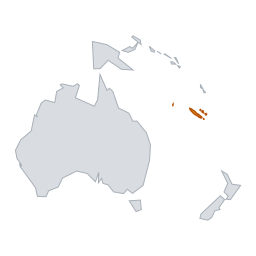 New Caledonia on a map of Oceania (orthographic projection)
{"feature_id": "NCL", "entity_name": "New Caledonia", "entity_type": "country or territory", "adm_level": 0, "iso_a3": "NCL", "parent_name": "Oceania", "parent_adm1": "", "projection": "orthographic", "projection_center": [166.029, -20.888], "detail": "fine", "context": "in_parent", "style": "filled", "palette": "amber", "viewbox_px": 256, "rotation_deg": 0, "n_neighbors": 5, "source": "natural_earth", "source_scale": "50m", "svg_char_len": 3385}
<svg xmlns="http://www.w3.org/2000/svg" viewBox="0 0 256 256"><path d="M92.4,41.5L106.8,44.6L119.6,52.3L118.0,58.0L133.0,70.0L121.5,69.3L108.1,60.3L100.0,68.7L93.7,68.8L92.4,41.5ZM140.2,40.0L141.1,44.6L131.8,37.0L133.0,35.8L140.2,40.0ZM134.8,49.6L128.2,52.3L122.3,50.5L129.8,46.6L132.6,48.2L138.1,42.2L134.8,49.6ZM149.3,46.3L154.8,51.0L154.2,52.2L151.2,51.2L149.3,46.3Z" fill="#d9dde1" stroke="#a8b0b8" stroke-width="1"/><path d="M202.9,89.8L205.5,92.3L204.1,92.9L202.9,89.8ZM203.1,89.2L200.5,87.6L200.4,84.3L203.1,89.2Z" fill="#d9dde1" stroke="#a8b0b8" stroke-width="1"/><path d="M180.3,66.5L179.4,68.1L177.7,65.6L180.3,66.5ZM175.9,57.6L178.6,63.7L174.4,57.6L175.9,57.6ZM175.7,64.2L171.4,64.0L170.8,61.7L173.6,62.2L175.7,64.2ZM164.9,53.8L171.6,58.6L164.2,54.2L164.9,53.8ZM159.6,52.8L161.3,54.1L157.0,51.1L159.6,52.8Z" fill="#d9dde1" stroke="#a8b0b8" stroke-width="1"/><path d="M240.6,185.4L230.4,199.6L226.0,199.3L228.3,196.1L224.0,191.9L227.8,183.3L221.6,170.9L227.3,174.3L232.0,184.2L240.6,185.4ZM201.0,214.0L220.3,195.8L224.7,199.5L219.0,207.5L220.0,209.5L214.8,210.8L211.8,217.4L207.8,220.2L199.9,218.4L201.0,214.0Z" fill="#d9dde1" stroke="#a8b0b8" stroke-width="1"/><path d="M129.2,200.8L140.4,200.1L141.3,209.6L136.1,211.6L129.2,200.8ZM62.5,178.1L58.2,187.0L48.6,190.8L46.0,196.8L37.4,196.3L35.5,187.7L19.6,165.8L21.3,167.1L19.1,163.7L22.0,165.6L17.1,158.7L15.4,150.4L20.8,139.7L31.2,131.0L34.5,115.0L37.7,117.0L36.2,115.3L41.2,103.1L45.4,100.0L54.7,102.6L56.7,91.4L63.3,87.9L60.2,84.9L62.1,83.9L73.2,86.3L77.4,83.7L79.4,85.4L75.4,97.8L94.3,106.2L97.6,99.8L100.0,74.5L107.0,90.3L109.3,88.3L112.8,91.4L118.5,108.0L128.8,113.1L132.9,121.2L137.0,121.1L146.4,132.7L150.4,144.8L149.6,160.1L143.1,185.4L132.5,193.4L127.3,189.3L123.7,193.6L113.6,191.9L108.1,184.8L102.9,183.4L101.7,178.3L98.4,182.8L98.8,172.4L95.4,181.8L87.2,173.5L76.7,171.0L62.5,178.1Z" fill="#d9dde1" stroke="#a8b0b8" stroke-width="1"/><path d="M190.4,108.8L190.9,109.1L191.4,108.9L192.0,109.4L193.6,110.7L194.2,110.9L194.5,111.0L194.7,111.3L195.0,111.6L195.3,111.8L195.4,112.0L195.5,112.4L196.1,112.8L196.4,113.2L196.9,113.4L197.1,113.6L197.3,113.7L197.6,114.0L198.0,114.1L199.0,114.8L199.8,115.5L200.2,115.8L200.6,116.2L201.1,116.5L201.6,116.8L201.8,117.5L201.7,117.8L201.4,117.9L201.2,118.0L200.9,118.0L200.1,117.6L199.9,117.5L199.7,117.5L199.6,117.4L199.0,117.1L198.5,116.8L198.4,116.6L198.3,116.3L198.2,116.2L197.5,116.0L197.1,115.8L196.8,115.4L196.3,115.2L195.5,114.7L195.1,114.6L194.7,114.3L193.8,113.5L193.4,113.3L193.1,112.9L192.3,112.0L191.9,111.7L191.5,111.3L191.2,110.9L190.9,110.5L190.3,109.8L190.2,109.5L190.3,109.2L190.1,109.1L189.9,108.9L189.8,108.5L189.9,108.3L190.4,108.8ZM203.5,112.8L203.3,112.8L203.0,112.5L202.4,112.3L202.2,112.0L202.0,111.7L202.3,111.6L202.6,111.2L202.4,111.0L202.1,111.0L202.1,110.8L202.7,110.6L203.0,110.8L203.1,111.6L203.3,111.8L203.6,112.3L203.5,112.8ZM206.0,114.0L206.5,114.0L206.4,114.8L205.9,114.9L205.7,114.7L205.4,114.6L205.4,114.4L205.2,113.8L205.6,113.7L205.9,113.6L205.9,113.9L206.0,114.0ZM200.0,110.7L199.8,110.8L200.1,110.4L200.1,110.1L200.2,109.6L200.3,109.5L200.5,109.6L200.3,109.8L200.2,110.0L200.3,110.2L200.3,110.3L200.2,110.6L200.0,110.7ZM204.0,119.1L203.9,119.3L203.7,119.3L203.6,119.2L203.6,118.8L204.0,119.0L204.0,119.1ZM173.0,105.2L172.9,105.3L172.8,104.6L173.0,104.3L173.0,104.8L173.0,105.2Z" fill="#f59e0b" stroke="#b45309" stroke-width="1.5"/></svg>